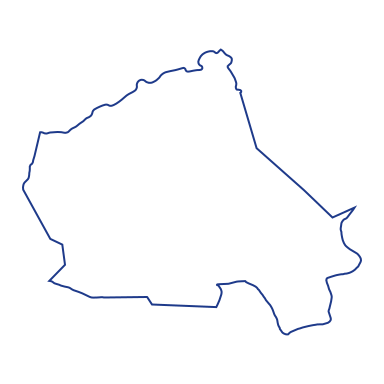 Camasca, Intibucá, Honduras
{"feature_id": "27666195B75939641956291", "entity_name": "Camasca", "entity_type": "district", "adm_level": 2, "iso_a3": "HND", "parent_name": "Honduras", "parent_adm1": "Intibucá", "projection": "orthographic", "projection_center": [-88.382, 14.0], "detail": "fine", "context": "isolated", "style": "outline", "palette": "blue", "viewbox_px": 384, "rotation_deg": 0, "n_neighbors": 0, "source": "geoboundaries", "source_scale": "gbopen_adm2", "svg_char_len": 5826}
<svg xmlns="http://www.w3.org/2000/svg" viewBox="0 0 384 384"><path d="M40.1,132.3L34.5,156.0L33.2,160.3L32.9,162.1L32.1,163.7L30.6,164.8L29.8,166.5L29.8,169.3L29.7,170.9L29.3,172.9L29.2,174.9L28.9,176.8L28.5,178.2L27.9,179.2L24.7,182.4L24.3,182.9L23.6,184.2L23.3,185.4L23.0,187.4L23.1,188.5L23.2,189.7L50.3,238.9L62.3,244.6L65.0,264.8L49.3,280.9L50.7,281.1L51.3,281.3L51.9,281.5L52.7,282.0L54.0,283.0L54.5,283.3L56.6,284.0L59.0,284.7L61.0,285.6L64.7,286.6L67.7,287.2L68.8,287.5L69.9,288.0L72.2,289.5L73.6,290.2L74.8,290.6L78.6,291.9L82.2,293.3L89.7,296.9L90.9,297.3L91.7,297.5L93.3,297.6L97.1,297.5L98.8,297.4L101.3,297.2L102.4,297.2L104.0,297.5L146.9,297.0L147.2,297.1L152.0,304.5L216.3,307.1L217.7,304.2L219.4,300.3L221.3,294.5L221.5,293.4L221.6,292.5L221.6,291.8L221.4,290.8L221.0,289.6L220.7,288.9L218.4,285.5L218.2,285.3L217.9,285.2L217.6,285.1L217.3,285.2L217.1,285.1L217.0,284.8L217.1,284.6L217.4,284.4L219.4,284.2L228.2,283.8L228.8,283.7L236.1,281.8L236.9,281.6L239.0,281.4L245.2,281.1L245.4,281.2L245.5,281.3L245.8,281.8L246.3,282.2L248.7,283.4L253.0,285.2L254.1,285.8L255.6,286.6L256.2,287.1L256.9,287.7L257.2,288.0L257.6,288.6L257.8,289.0L258.6,289.7L259.1,290.2L259.6,291.0L260.6,292.5L261.2,293.3L262.5,294.8L263.7,296.7L265.0,298.4L265.9,300.1L268.9,303.7L270.0,304.9L270.9,306.3L271.7,307.7L272.2,308.7L272.7,309.8L273.4,311.7L274.2,314.0L274.6,314.9L275.1,315.8L275.8,316.8L276.2,317.5L276.9,319.0L277.2,319.9L277.5,321.7L277.7,322.9L278.2,325.0L278.5,325.6L278.8,326.4L279.1,326.9L279.5,327.4L279.6,327.6L279.7,327.9L279.8,328.5L279.9,329.0L281.0,330.5L282.1,332.1L282.4,332.5L282.9,332.9L284.0,333.6L285.0,334.0L285.4,334.2L286.7,334.4L287.4,334.4L288.2,334.3L289.1,333.3L289.8,332.7L290.3,332.3L291.0,331.9L298.0,328.9L300.0,328.4L302.6,327.5L305.4,326.8L308.3,326.1L311.2,325.5L313.3,325.1L315.4,324.8L317.5,324.4L322.8,324.3L327.9,322.8L328.6,322.3L329.6,321.6L330.2,320.8L330.6,320.2L330.8,319.5L330.8,318.7L330.7,318.0L328.7,311.9L328.6,311.6L328.6,311.2L328.8,310.1L329.4,308.5L329.8,306.7L331.1,301.4L331.4,299.4L331.6,298.1L331.7,297.3L331.7,296.4L331.5,295.4L331.1,294.1L330.4,292.0L329.1,289.3L328.8,288.3L328.1,285.8L326.9,282.8L326.7,281.9L326.3,280.3L326.3,280.1L326.5,279.8L326.5,279.3L326.6,278.9L326.8,278.5L327.1,278.3L327.3,278.1L327.7,277.9L331.3,276.7L335.2,275.5L336.7,275.1L339.8,274.5L341.1,274.3L343.1,274.2L344.8,273.7L346.4,273.6L347.7,273.3L349.5,272.8L351.3,272.0L352.8,271.2L354.5,270.0L355.1,269.5L356.8,267.7L358.0,266.7L358.3,266.3L359.0,264.9L360.5,262.1L360.8,261.2L361.0,260.5L360.9,259.7L360.8,258.8L360.4,257.8L359.9,256.9L359.3,256.0L358.5,255.0L357.4,253.8L356.0,252.9L349.8,249.2L349.3,248.8L347.5,247.4L346.1,246.2L345.2,245.2L344.6,244.2L343.9,243.0L343.3,241.5L342.8,240.3L342.5,239.1L342.2,237.9L341.8,235.8L341.5,233.9L341.4,231.9L341.0,230.8L340.7,229.6L340.7,229.0L340.7,228.3L341.1,225.6L341.4,223.4L341.6,222.7L342.2,221.6L343.0,220.5L343.5,219.9L343.9,219.6L344.4,219.2L345.3,218.9L345.7,218.7L346.5,218.2L347.2,217.5L349.6,214.3L353.0,209.9L354.0,208.4L354.5,207.6L332.5,217.5L303.8,190.0L256.6,148.2L240.3,92.9L240.7,92.6L241.1,92.1L241.2,91.5L241.2,91.0L241.0,90.7L240.8,90.5L240.3,90.1L239.5,89.9L238.4,89.7L237.3,89.7L236.9,89.6L236.6,89.4L236.3,89.0L236.1,88.5L235.9,88.0L235.8,87.0L235.8,86.6L236.1,85.6L236.2,85.0L236.3,84.0L236.3,83.2L235.9,81.7L234.7,78.3L234.1,77.2L231.1,72.1L230.2,70.7L228.5,68.5L227.9,67.6L227.7,67.1L227.7,66.7L227.7,66.2L227.9,66.0L229.2,64.7L230.5,63.6L230.9,63.2L231.2,62.7L231.5,61.7L231.8,60.3L231.8,59.3L231.8,58.9L231.7,58.6L231.4,58.0L231.1,57.6L230.6,57.2L230.0,56.7L228.9,56.0L227.2,55.3L226.5,54.9L225.9,54.5L224.7,53.3L223.4,51.7L222.9,51.1L222.0,50.4L220.8,49.6L219.6,50.6L218.0,52.4L217.4,52.8L216.9,53.0L216.3,53.1L215.7,52.9L215.3,52.7L214.8,52.2L214.4,51.9L213.7,51.5L213.1,51.3L212.5,51.2L211.9,51.2L210.1,51.2L209.1,51.4L207.8,51.7L206.5,52.1L205.3,52.6L204.4,53.1L203.5,53.7L202.6,54.3L201.9,55.0L200.8,56.2L200.2,57.2L199.7,58.1L199.2,59.1L198.7,60.2L198.5,61.0L198.3,61.7L198.4,62.4L198.5,63.1L198.7,63.7L199.1,64.4L199.5,64.8L200.0,65.3L200.5,65.6L201.3,65.9L201.6,66.1L202.0,66.6L202.2,67.1L202.3,67.8L202.3,68.3L202.2,68.6L201.8,69.2L201.4,69.5L201.1,69.7L200.6,69.8L199.6,70.0L197.0,70.1L195.6,70.3L193.2,70.7L189.9,71.4L188.5,71.6L187.7,71.6L187.3,71.5L186.9,71.4L186.5,71.2L186.2,70.9L185.7,70.2L185.4,69.3L185.3,69.0L185.0,68.7L184.7,68.4L184.3,68.1L183.8,68.0L183.4,67.9L183.0,68.0L181.8,68.3L179.1,69.1L177.7,69.5L175.4,70.1L170.4,71.1L166.6,72.0L165.5,72.3L164.6,72.7L163.3,73.4L162.5,74.0L161.7,74.6L160.6,75.7L159.6,77.2L158.8,78.1L157.9,78.9L156.8,79.9L155.6,80.8L154.3,81.5L152.9,82.2L151.9,82.6L150.9,82.8L149.9,82.8L148.8,82.8L147.9,82.5L146.9,82.2L146.1,81.8L145.5,81.3L144.6,80.6L144.1,80.3L143.4,80.0L142.8,79.9L141.9,79.8L141.2,79.8L140.4,80.0L139.6,80.4L138.9,80.8L138.2,81.5L137.7,82.1L137.3,82.9L137.0,83.7L136.8,84.5L136.8,85.3L136.9,86.9L136.8,87.6L136.6,88.2L136.3,88.9L135.9,89.6L135.4,90.2L134.8,90.7L133.6,91.5L132.4,92.2L129.1,93.9L127.8,94.7L126.6,95.5L124.6,97.2L121.7,99.7L119.1,101.7L116.3,103.6L115.0,104.3L113.9,104.9L112.7,105.4L111.8,105.7L111.3,105.8L110.6,105.8L110.0,105.8L109.3,105.6L107.9,104.9L107.2,104.7L106.3,104.6L105.2,104.7L102.6,105.5L100.1,106.5L97.1,107.9L94.6,109.3L94.0,109.7L93.7,110.1L93.0,110.9L92.6,111.8L92.2,113.4L91.8,114.4L91.2,115.4L90.4,116.2L89.6,116.7L88.9,117.2L87.9,117.6L86.9,118.0L86.1,118.5L85.2,119.3L83.8,120.7L83.3,121.2L80.3,123.2L79.2,124.0L77.3,125.6L76.0,126.6L75.1,127.1L72.4,128.4L71.4,129.0L70.2,130.0L68.5,131.7L68.1,132.0L67.6,132.3L66.4,132.6L65.8,132.8L65.0,132.8L64.0,132.7L61.4,132.2L59.7,132.1L57.7,132.0L54.5,132.2L51.8,132.4L50.2,132.5L49.3,132.7L48.1,133.1L47.1,133.4L46.5,133.5L45.9,133.5L45.1,133.4L44.4,133.3L42.9,132.6L42.1,132.4L41.1,132.2L40.1,132.3Z" fill="none" stroke="#1e3a8a" stroke-width="2"/></svg>